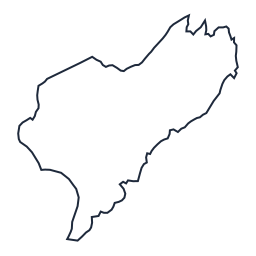 outline of Santo Amaro das Brotas, Sergipe, Brazil
{"feature_id": "56859067B4442717767123", "entity_name": "Santo Amaro das Brotas", "entity_type": "district", "adm_level": 2, "iso_a3": "BRA", "parent_name": "Brazil", "parent_adm1": "Sergipe", "projection": "robinson", "projection_center": [-36.969, -10.786], "detail": "fine", "context": "isolated", "style": "outline", "palette": "slate", "viewbox_px": 256, "rotation_deg": 0, "n_neighbors": 0, "source": "geoboundaries", "source_scale": "gbopen_adm2", "svg_char_len": 1921}
<svg xmlns="http://www.w3.org/2000/svg" viewBox="0 0 256 256"><path d="M67.2,239.1L77.6,240.6L81.9,236.7L86.0,232.5L89.4,230.2L91.1,227.5L92.1,222.7L91.8,217.0L98.5,216.0L100.7,211.6L103.9,212.8L107.4,212.8L111.6,209.7L113.4,206.6L114.7,202.9L118.7,201.9L121.9,200.4L124.4,197.7L125.3,193.7L123.6,188.8L119.8,184.3L123.1,181.8L126.1,183.4L128.0,180.4L133.1,181.2L137.9,181.1L140.0,173.2L141.6,167.8L143.9,164.1L146.8,162.5L146.1,157.4L147.2,153.3L150.1,154.0L151.6,151.0L154.0,147.8L157.5,144.3L161.0,141.2L164.2,139.5L167.7,138.4L169.6,134.0L169.9,130.3L173.5,129.4L177.9,132.0L181.3,128.7L184.8,127.3L188.2,123.4L191.0,121.3L194.1,119.5L196.9,118.0L199.9,117.3L203.0,114.7L206.3,113.1L213.7,100.9L216.5,97.3L219.6,93.3L220.4,89.9L222.4,83.9L224.3,80.1L227.4,76.5L230.4,74.3L234.1,78.1L236.6,73.2L234.9,70.6L237.8,67.2L236.3,60.7L235.8,55.9L236.3,51.7L236.5,45.3L234.0,42.4L234.1,38.0L231.5,39.6L230.4,36.1L229.0,32.4L228.6,28.6L226.3,26.5L223.1,27.4L218.6,27.4L214.4,31.2L213.9,34.8L210.6,36.4L208.3,33.9L205.4,34.3L206.3,30.1L206.1,26.2L205.0,20.5L200.8,27.2L196.1,31.0L193.3,34.5L190.4,31.4L186.4,31.4L186.7,27.2L188.3,24.2L187.8,20.5L188.9,15.4L184.5,17.5L181.8,19.2L177.6,21.8L173.5,24.3L170.3,27.2L167.5,32.0L165.5,35.0L162.7,38.5L156.9,44.8L154.1,47.8L151.2,51.7L149.0,53.9L145.0,58.6L142.0,62.4L138.7,64.9L135.0,65.1L131.0,66.7L126.7,68.8L123.8,71.1L120.7,70.6L117.0,67.9L112.5,65.2L109.1,65.5L105.9,66.9L102.8,65.0L100.7,61.7L96.5,59.8L92.2,56.8L80.4,62.8L47.1,78.9L44.9,81.6L42.5,83.4L38.5,85.8L37.7,91.1L37.2,95.2L37.5,99.7L38.7,104.6L38.5,108.2L35.9,111.9L34.8,116.1L32.6,119.7L30.2,117.9L26.6,120.2L22.6,122.5L19.4,125.9L18.2,133.5L18.8,139.0L20.2,142.0L26.8,146.6L32.0,152.3L38.7,163.2L41.3,169.9L45.1,169.6L50.0,169.8L61.1,172.8L64.0,175.1L68.9,179.0L73.4,185.2L76.2,188.9L78.7,197.4L77.6,206.2L72.2,221.9L71.8,228.8L70.7,231.9L68.7,236.2L67.2,239.1Z" fill="none" stroke="#1e293b" stroke-width="2"/></svg>